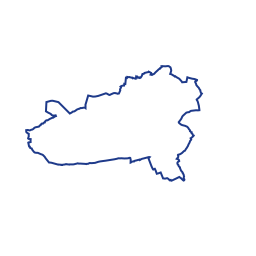 Rosia De Secas, Alba, Romania, rotated 44°
{"feature_id": "2599482B90231933862617", "entity_name": "Rosia De Secas", "entity_type": "district", "adm_level": 2, "iso_a3": "ROU", "parent_name": "Romania", "parent_adm1": "Alba", "projection": "orthographic", "projection_center": [23.873, 46.048], "detail": "fine", "context": "isolated", "style": "outline", "palette": "blue", "viewbox_px": 256, "rotation_deg": 44, "n_neighbors": 0, "source": "geoboundaries", "source_scale": "gbopen_adm2", "svg_char_len": 5696}
<svg xmlns="http://www.w3.org/2000/svg" viewBox="0 0 256 256"><g transform="rotate(44 128 128)"><path d="M111.3,194.7L113.7,192.4L114.3,191.7L115.3,190.1L116.2,188.7L116.4,188.3L116.6,188.2L117.2,187.9L118.8,186.4L122.2,183.5L123.1,182.9L123.3,182.3L124.1,181.6L124.7,179.9L126.2,178.6L128.5,176.0L130.1,173.0L131.1,171.5L132.9,169.2L134.5,167.2L140.0,159.9L141.4,157.8L142.1,156.5L143.6,155.1L143.8,154.9L144.1,154.5L146.6,152.4L148.7,150.2L149.2,149.6L149.4,149.1L149.5,148.8L149.7,148.6L150.0,148.4L150.1,148.1L150.4,148.0L150.5,148.1L151.6,148.7L152.2,149.2L153.0,150.1L153.3,150.3L153.5,150.7L153.9,151.1L154.1,150.6L154.0,150.0L154.1,149.8L154.6,149.0L154.8,148.7L155.0,148.5L155.5,147.9L155.3,147.7L155.4,147.3L155.7,146.8L155.9,146.6L156.0,146.3L156.2,146.1L156.3,145.9L156.5,145.6L157.0,144.7L158.0,143.1L158.2,142.9L158.4,142.9L158.3,142.6L158.5,142.4L158.7,142.1L159.0,142.1L159.1,141.5L159.5,140.4L160.3,139.2L163.0,134.7L163.6,134.0L163.8,133.9L163.8,134.0L163.8,135.6L171.7,139.3L174.4,140.3L174.9,140.4L175.1,140.3L175.4,139.0L175.6,138.7L177.5,139.4L178.2,139.8L180.5,140.9L181.4,139.4L182.4,137.3L186.7,139.2L188.2,139.9L189.8,138.7L190.5,137.7L190.9,137.0L191.2,136.8L192.3,136.6L193.7,136.6L194.0,136.6L194.3,136.7L194.5,136.6L194.5,136.0L194.8,135.6L195.7,135.8L195.9,135.7L197.7,131.0L198.9,127.6L199.1,127.6L201.0,127.3L203.9,127.3L204.5,127.2L204.7,126.7L204.6,126.2L204.2,125.8L203.4,125.6L202.6,125.1L202.3,124.5L202.1,124.0L201.9,123.9L201.6,123.8L200.9,123.2L200.4,122.9L199.9,122.8L199.0,122.3L198.4,122.4L197.6,121.9L196.3,121.9L195.5,121.7L193.2,120.7L192.7,120.2L191.5,120.3L190.7,120.1L189.9,119.6L189.5,119.6L189.1,119.7L187.9,119.0L187.7,118.7L187.6,118.3L187.5,117.8L187.6,117.3L187.8,116.4L187.8,116.2L187.3,116.0L186.7,115.6L186.1,115.6L185.1,116.0L184.5,116.3L184.4,115.4L184.5,114.8L184.3,114.0L184.1,113.7L183.9,113.6L183.2,113.0L182.7,112.8L182.6,112.5L183.6,110.8L184.0,109.4L184.2,108.4L184.3,105.7L184.7,104.9L184.7,104.6L184.3,103.1L184.0,100.9L183.7,100.1L183.6,99.2L183.0,98.0L182.4,95.7L181.7,94.3L181.6,92.9L181.5,92.4L180.2,91.9L180.4,91.2L180.6,89.3L180.6,88.1L180.5,87.8L179.7,88.1L179.3,87.9L178.6,87.5L177.4,87.6L177.1,87.5L176.8,86.9L176.4,87.1L174.8,87.2L174.5,86.7L174.1,86.6L173.2,86.5L172.7,86.5L171.4,86.1L170.2,86.0L169.7,86.0L167.5,86.8L164.9,88.3L164.3,88.5L163.7,88.7L161.2,88.9L160.8,88.8L160.4,88.5L160.2,86.2L159.9,84.2L159.2,82.4L159.0,81.3L159.1,79.5L159.3,76.4L159.6,75.9L160.2,75.0L160.9,74.2L161.1,73.0L161.4,71.9L164.6,68.0L166.1,66.7L167.0,65.6L166.7,65.3L163.4,62.7L162.9,62.4L162.2,62.0L160.8,61.1L159.5,60.4L157.9,60.0L157.6,59.8L157.7,58.9L157.9,56.9L157.9,55.7L157.8,54.8L157.2,51.9L156.3,52.1L155.9,52.0L154.3,51.1L153.8,50.6L152.7,50.5L151.2,50.0L150.7,49.9L149.7,49.9L147.6,49.7L147.3,49.6L146.5,49.1L145.7,48.7L144.6,48.4L144.2,48.1L144.0,47.7L144.5,46.6L144.6,46.1L144.5,45.7L144.3,45.5L142.4,46.3L141.5,46.8L140.0,47.9L137.2,49.5L135.5,50.3L138.0,54.3L135.2,57.5L134.0,57.2L131.2,57.0L130.5,57.0L127.4,57.8L125.9,58.0L125.8,58.5L124.1,58.6L123.6,58.9L122.6,59.0L121.7,59.3L120.8,59.8L120.4,58.9L119.3,56.8L118.9,56.4L117.4,55.4L116.4,54.9L114.4,55.2L113.7,55.7L111.9,57.8L111.5,58.1L110.1,59.4L109.6,59.7L109.2,60.2L109.9,60.6L109.7,61.4L109.7,61.8L109.5,62.3L109.5,62.5L109.8,62.6L109.8,63.3L109.5,63.7L109.4,64.1L109.3,64.8L109.3,66.2L109.2,67.1L109.1,69.3L109.2,70.6L109.0,71.5L108.8,71.9L108.4,72.2L108.4,73.2L107.2,73.9L106.9,72.8L106.7,72.5L106.4,72.3L106.0,72.5L104.9,72.7L104.1,73.0L104.3,73.2L103.7,73.7L101.7,76.8L101.9,77.4L101.6,77.7L101.4,78.5L101.3,79.0L101.1,78.9L100.9,79.1L101.7,80.8L102.0,82.0L102.1,83.0L101.5,83.2L101.6,83.8L101.3,83.9L101.3,84.2L100.7,84.5L100.2,84.5L99.8,84.6L99.5,84.5L98.7,84.6L98.5,84.8L98.4,85.1L98.7,85.4L98.2,85.4L99.3,87.2L96.6,88.7L96.6,88.8L96.3,88.7L96.1,89.1L95.7,89.2L95.0,89.6L94.6,89.9L93.7,90.3L93.4,90.8L91.9,91.8L92.5,92.8L91.6,93.3L95.5,98.2L94.6,98.8L95.7,100.2L94.6,101.4L94.0,102.7L93.9,103.4L94.4,103.4L94.8,103.6L95.4,105.7L96.3,106.3L97.5,109.5L96.7,110.6L96.3,110.7L94.5,111.8L93.6,112.7L93.1,113.7L92.6,115.0L92.3,115.7L91.9,116.9L91.7,117.1L91.1,117.4L89.1,117.9L88.0,118.4L84.3,125.6L82.6,128.1L81.0,129.8L80.1,130.3L76.8,132.3L81.3,140.9L82.1,141.6L83.6,143.2L82.8,143.3L82.4,143.8L81.8,144.4L80.9,145.8L80.2,146.4L79.9,146.7L79.7,147.9L79.3,148.3L78.5,150.1L78.3,151.0L78.2,152.0L77.7,153.6L76.9,154.6L76.7,156.3L76.4,156.9L76.1,158.0L60.0,157.7L55.4,160.4L54.6,161.0L53.6,162.1L51.3,166.0L57.4,173.0L59.9,172.4L62.1,171.7L63.3,171.5L64.1,171.7L64.6,171.5L65.4,171.1L66.4,170.1L67.0,169.8L67.2,169.2L67.9,169.5L67.4,170.5L67.2,171.2L67.2,171.7L67.0,172.2L67.0,172.5L66.7,172.7L65.5,175.6L64.8,178.4L64.1,179.0L63.8,179.7L63.8,180.5L64.0,180.9L63.9,181.2L64.2,181.7L63.9,181.9L63.9,182.6L63.8,182.8L63.9,183.7L63.3,184.3L63.2,184.7L62.9,184.9L63.0,185.4L62.9,185.9L63.1,186.2L63.0,186.5L63.1,186.8L62.9,187.1L62.8,187.7L63.0,188.6L62.8,189.1L61.0,191.7L60.6,192.7L60.5,193.7L60.6,194.2L60.4,195.0L60.2,195.7L59.7,196.3L59.1,197.8L58.8,198.2L57.8,198.7L56.8,199.5L56.5,200.1L56.3,200.3L57.1,201.1L57.6,201.5L58.2,201.6L59.7,201.4L60.4,201.1L60.7,201.1L61.5,202.1L62.4,202.9L63.1,204.4L63.4,204.9L64.0,204.9L64.3,204.7L64.9,204.2L65.7,203.6L66.6,204.7L67.2,205.3L67.7,205.7L66.9,207.1L66.4,207.5L66.4,207.8L69.7,210.0L70.3,209.6L71.5,210.3L73.0,209.6L74.0,210.1L76.7,210.5L77.8,210.5L79.1,209.7L80.4,208.5L83.4,207.4L84.6,206.8L85.7,206.5L88.2,206.6L89.8,207.0L95.2,207.7L95.8,207.1L97.0,206.2L103.3,202.8L103.4,202.5L103.7,202.3L105.4,200.9L105.7,201.0L106.4,200.3L106.3,200.1L107.9,198.1L108.4,197.2L108.7,197.1L108.9,196.7L109.5,196.3L110.0,196.0L110.8,195.3L111.2,195.1L111.3,194.7Z" fill="none" stroke="#1e3a8a" stroke-width="2"/></g></svg>